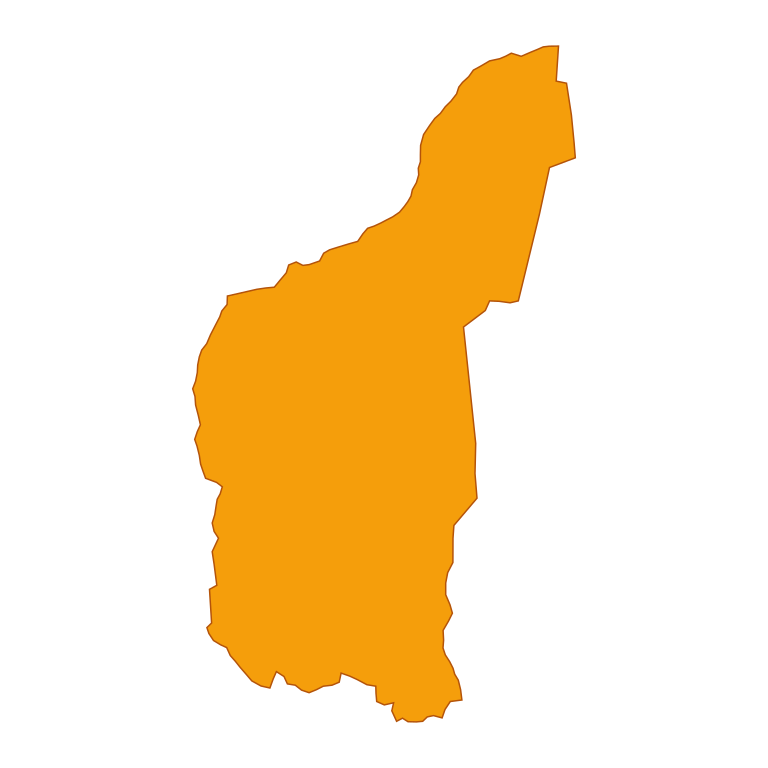 Quixabeira, Bahia, Brazil
{"feature_id": "56859067B9726767352662", "entity_name": "Quixabeira", "entity_type": "district", "adm_level": 2, "iso_a3": "BRA", "parent_name": "Brazil", "parent_adm1": "Bahia", "projection": "mercator", "projection_center": [-40.125, -11.381], "detail": "fine", "context": "isolated", "style": "filled", "palette": "amber", "viewbox_px": 768, "rotation_deg": 0, "n_neighbors": 0, "source": "geoboundaries", "source_scale": "gbopen_adm2", "svg_char_len": 2178}
<svg xmlns="http://www.w3.org/2000/svg" viewBox="0 0 768 768"><path d="M445.4,106.6L440.4,113.4L434.8,118.4L429.9,125.1L423.6,134.5L420.6,145.4L420.4,154.8L420.4,161.8L418.3,168.2L418.7,174.9L416.4,182.7L412.4,189.7L411.0,196.1L407.8,201.7L404.2,206.6L399.5,212.2L392.6,216.9L386.7,219.9L380.8,223.0L374.1,226.1L367.6,228.3L362.9,233.8L357.7,241.4L348.8,243.9L339.2,246.8L329.6,249.8L323.7,253.2L319.6,261.0L309.2,264.6L302.9,265.4L296.2,262.0L288.7,265.0L286.3,272.8L280.4,279.8L274.3,287.2L265.7,288.0L256.8,289.3L227.4,296.0L227.1,304.5L221.8,311.0L219.8,316.8L215.8,324.5L210.5,334.8L206.7,343.7L201.7,350.1L199.3,356.9L197.7,365.0L197.3,372.6L195.6,381.2L192.7,388.8L195.0,396.5L195.6,405.0L198.3,415.4L200.4,424.8L197.3,431.6L194.7,439.4L197.0,446.0L199.3,455.3L200.6,464.1L202.9,470.9L205.6,478.3L216.6,482.4L222.3,486.8L220.2,493.8L217.2,499.3L216.2,505.3L214.8,514.6L212.2,523.0L214.1,531.4L218.5,538.2L212.2,551.7L214.1,564.2L216.8,585.3L209.5,589.3L210.9,611.6L211.6,623.0L206.9,627.6L208.9,633.5L213.5,640.5L220.8,644.9L226.7,647.6L230.3,655.6L235.2,661.1L240.2,667.4L246.9,675.1L251.8,680.9L261.0,686.0L269.9,688.0L273.2,678.9L276.4,671.6L284.0,676.5L287.4,683.9L295.3,685.2L301.5,690.1L309.1,692.7L316.4,689.7L323.3,686.2L332.0,685.2L339.2,682.2L341.1,673.1L349.7,676.1L357.3,679.6L366.9,684.7L375.8,686.2L376.0,693.3L376.7,701.5L384.3,704.9L393.6,702.8L391.8,710.8L396.6,721.3L402.5,718.2L408.0,721.7L416.3,721.9L422.7,721.3L427.3,716.9L433.5,715.6L442.1,717.9L445.0,709.5L450.3,701.5L461.9,700.0L460.6,689.7L458.3,680.2L454.7,674.2L453.0,668.2L449.7,661.7L445.3,654.9L443.0,648.0L443.6,640.2L443.1,630.4L448.6,620.9L452.4,613.2L450.0,604.8L445.7,594.7L445.7,583.0L447.7,572.6L452.9,562.5L453.0,538.2L453.9,525.4L477.0,498.2L475.0,473.6L475.7,443.4L463.5,327.0L485.3,310.5L489.6,300.9L499.1,301.3L510.1,302.8L518.3,300.9L539.4,214.3L549.5,167.5L575.3,157.8L574.1,142.9L571.4,115.0L566.5,83.2L556.2,81.1L558.5,46.1L549.3,46.2L543.2,46.9L537.3,49.5L530.7,52.2L521.2,56.3L511.3,53.2L505.7,56.2L499.8,58.7L489.6,60.9L480.4,66.3L473.4,70.1L468.7,76.7L462.5,82.4L458.8,87.1L456.6,93.9L450.9,101.2L445.4,106.6Z" fill="#f59e0b" stroke="#b45309" stroke-width="1.5"/></svg>